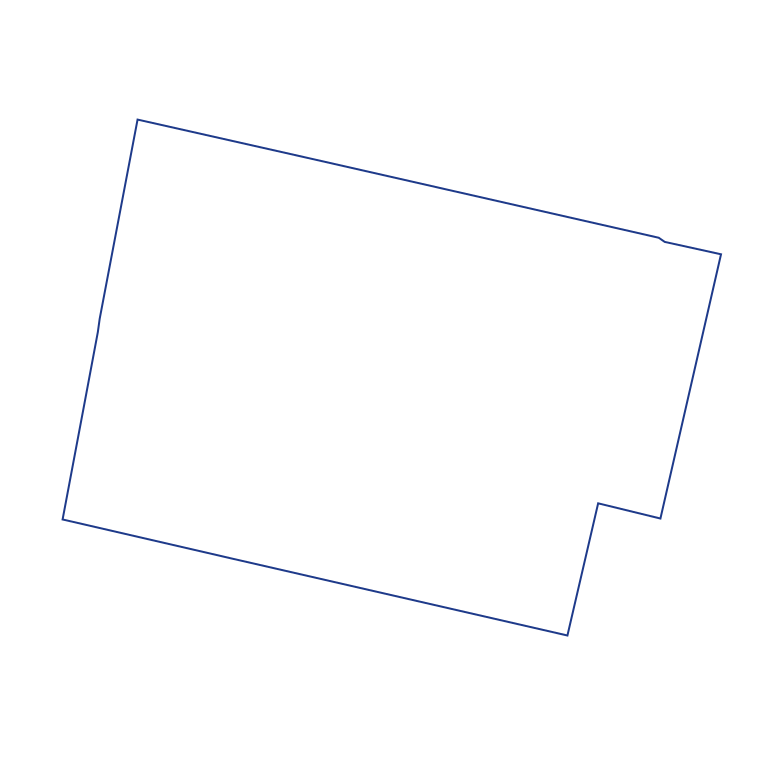 outline of George, Mississippi, United States of America, rotated 193°
{"feature_id": "52423323B66820493102445", "entity_name": "George", "entity_type": "district", "adm_level": 2, "iso_a3": "USA", "parent_name": "United States of America", "parent_adm1": "Mississippi", "projection": "natural_earth1", "projection_center": [-88.654, 30.866], "detail": "fine", "context": "isolated", "style": "outline", "palette": "blue", "viewbox_px": 768, "rotation_deg": 193, "n_neighbors": 0, "source": "geoboundaries", "source_scale": "gbopen_adm2", "svg_char_len": 344}
<svg xmlns="http://www.w3.org/2000/svg" viewBox="0 0 768 768"><g transform="rotate(193 384 384)"><path d="M148.7,180.2L148.5,315.9L84.4,315.1L84.8,586.2L142.4,585.6L149.2,588.3L368.3,587.6L512.0,587.1L683.6,586.2L675.7,383.6L674.5,370.2L671.3,293.0L666.7,179.7L491.4,179.7L148.7,180.2Z" fill="none" stroke="#1e3a8a" stroke-width="2"/></g></svg>